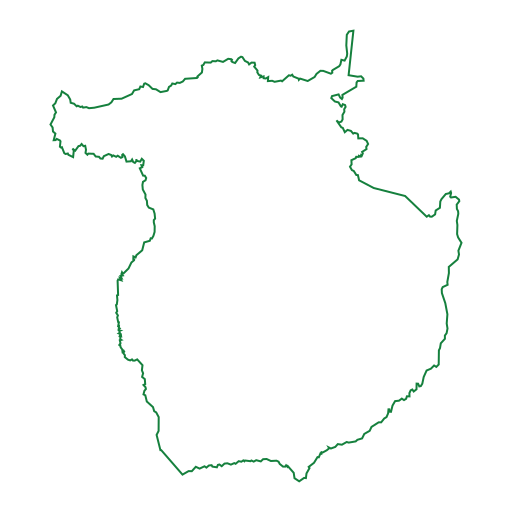 outline of Juína, Mato Grosso, Brazil
{"feature_id": "56859067B536957101827", "entity_name": "Juína", "entity_type": "district", "adm_level": 2, "iso_a3": "BRA", "parent_name": "Brazil", "parent_adm1": "Mato Grosso", "projection": "equal_earth", "projection_center": [-59.388, -11.492], "detail": "fine", "context": "isolated", "style": "outline", "palette": "green", "viewbox_px": 512, "rotation_deg": 0, "n_neighbors": 0, "source": "geoboundaries", "source_scale": "gbopen_adm2", "svg_char_len": 5963}
<svg xmlns="http://www.w3.org/2000/svg" viewBox="0 0 512 512"><path d="M122.2,349.4L122.5,351.6L123.6,350.7L124.2,351.7L123.1,352.9L124.9,355.2L124.8,357.1L128.0,359.7L130.2,360.4L132.0,359.4L133.0,360.6L134.7,360.6L137.2,359.4L142.5,365.2L141.9,370.3L143.1,373.3L142.1,376.9L144.8,379.1L145.2,384.1L143.5,385.0L145.5,387.2L145.9,389.0L144.4,390.8L143.5,394.4L145.3,395.3L146.8,401.5L153.0,407.1L154.2,411.2L156.2,412.4L158.7,417.1L158.6,430.9L156.6,434.9L160.4,450.1L161.2,450.1L182.5,474.6L188.6,471.1L191.8,471.2L195.8,466.8L199.6,468.6L204.5,466.3L206.4,467.6L208.9,465.5L211.6,465.2L212.4,466.6L216.9,467.3L217.9,464.9L219.4,464.5L221.7,466.2L224.5,463.6L227.4,463.3L230.9,464.6L234.3,463.1L235.6,463.8L238.7,461.2L241.4,461.7L243.3,460.4L244.4,461.3L245.0,460.5L250.5,461.2L251.4,460.5L253.7,461.6L256.2,460.2L260.8,461.4L263.1,459.2L266.6,459.0L270.9,461.0L276.5,460.7L278.6,461.7L279.7,463.9L283.0,466.6L285.3,466.6L286.1,465.3L287.4,466.8L287.8,466.1L293.7,472.8L294.5,478.2L299.2,481.3L304.1,477.9L305.9,478.1L306.5,473.4L309.5,468.1L308.7,466.9L314.0,462.8L317.5,457.1L318.8,457.3L320.5,453.3L321.4,453.7L321.6,452.2L322.7,452.5L326.7,450.3L329.2,448.3L328.7,447.4L330.9,448.5L335.3,446.9L337.8,444.1L341.9,444.7L346.7,442.0L348.7,442.6L355.7,441.4L357.4,439.8L362.1,438.4L364.3,433.9L369.7,430.8L371.5,426.9L378.7,422.3L381.2,422.3L384.2,418.5L386.5,417.1L388.1,413.4L388.5,409.3L389.2,409.3L389.6,411.7L391.0,411.8L392.5,405.6L395.1,401.1L399.0,400.7L401.8,398.6L404.0,400.1L406.1,398.8L406.9,396.3L409.5,396.4L409.4,393.1L410.7,390.3L412.3,389.5L413.7,391.5L416.5,389.3L416.6,383.6L418.1,383.7L419.3,386.4L420.8,386.1L422.3,383.7L423.7,377.0L426.6,370.5L430.9,368.7L434.1,365.5L436.3,366.9L438.7,364.5L438.9,350.3L440.0,348.1L440.8,343.3L444.9,338.8L444.9,335.5L446.6,333.2L447.5,328.5L446.7,323.5L447.4,314.3L445.3,303.2L441.9,293.1L441.7,289.2L442.7,287.1L447.6,284.8L447.3,282.0L448.9,273.1L448.8,266.9L457.6,259.4L459.0,254.5L458.4,250.7L461.5,242.8L458.1,237.4L457.1,234.1L457.4,225.0L456.8,220.9L458.3,213.8L458.1,211.2L456.9,208.9L456.7,204.6L459.3,201.2L459.0,199.6L455.6,196.8L451.0,197.5L450.2,196.7L451.1,193.0L450.7,191.6L449.0,193.3L445.8,194.0L441.5,199.1L440.3,201.5L439.9,207.8L435.7,210.5L435.1,214.4L431.8,216.7L430.0,216.6L428.9,215.2L426.7,216.7L405.1,196.0L373.7,188.0L359.1,180.3L357.9,175.1L356.3,175.0L353.8,171.0L351.9,170.1L350.0,166.7L351.6,164.4L351.4,160.2L355.7,158.2L356.2,156.8L358.7,156.9L358.9,155.8L360.7,156.6L361.1,155.1L361.8,155.7L362.8,153.4L362.1,151.9L366.5,149.1L366.2,146.9L368.1,144.0L366.6,140.8L362.7,138.3L358.3,138.4L358.0,134.4L357.2,133.6L354.5,132.9L353.2,133.6L350.9,130.9L347.5,129.9L344.8,132.2L342.8,127.9L341.3,127.3L336.5,120.4L338.9,122.5L341.4,121.6L342.6,119.4L342.5,115.0L344.4,111.7L344.2,109.2L345.6,106.9L345.1,105.1L342.8,104.2L341.6,106.7L340.9,106.4L338.5,102.4L334.9,101.5L331.3,98.1L332.0,96.1L338.6,94.4L340.1,97.5L341.9,99.0L342.6,97.7L342.4,94.9L356.3,86.7L356.6,82.4L357.7,81.0L363.6,80.7L363.4,78.6L361.1,76.3L357.6,76.7L348.6,75.2L353.4,30.7L349.0,31.5L346.8,34.8L346.3,45.4L347.2,53.7L346.8,56.5L344.6,60.6L341.4,59.8L340.4,64.4L339.2,66.2L332.8,70.0L332.1,70.7L332.3,72.7L330.9,73.7L323.3,70.9L320.4,70.8L316.5,73.9L314.6,77.0L307.7,81.0L300.1,78.6L298.9,79.8L298.7,78.7L293.3,76.5L292.2,74.7L290.7,75.7L288.9,75.3L282.1,81.3L281.0,80.6L274.6,81.8L272.2,80.8L267.9,81.1L268.2,77.1L265.8,78.5L263.6,78.2L263.6,76.4L260.3,77.4L261.0,75.6L258.9,74.9L257.3,72.3L257.5,70.6L254.2,66.6L255.2,65.1L254.6,62.7L251.5,62.6L249.1,64.4L248.1,62.5L244.9,60.9L242.4,57.1L241.0,56.7L238.4,58.4L235.1,63.0L232.3,62.0L231.4,61.0L232.0,59.8L231.3,59.2L228.2,58.8L223.0,61.9L217.4,60.4L215.8,61.3L212.4,61.1L210.7,62.6L204.8,62.4L203.3,65.0L201.8,65.6L202.4,68.9L201.9,72.5L197.4,76.5L197.7,77.3L196.9,78.0L185.1,78.8L182.8,81.5L179.8,82.9L177.0,82.6L175.4,84.1L172.3,83.5L171.1,85.6L169.0,86.9L167.7,90.4L166.8,90.9L160.5,92.1L156.0,89.3L152.5,88.9L148.7,85.2L145.3,83.3L144.2,83.7L143.0,87.0L140.4,86.5L139.2,89.2L134.1,90.4L132.0,94.0L121.6,98.7L113.5,99.0L111.4,102.3L108.6,104.5L94.3,107.7L89.0,108.2L86.4,107.1L83.1,107.6L82.3,106.5L80.5,107.0L77.8,105.7L76.7,106.3L74.0,103.7L70.7,102.8L70.2,99.5L67.8,95.3L61.9,91.4L60.6,95.8L57.0,98.9L55.3,103.3L53.0,105.5L56.0,112.4L54.5,114.7L54.3,117.3L50.5,124.5L52.6,127.5L53.0,131.5L55.4,133.6L53.7,140.2L55.6,140.1L56.7,138.9L60.0,140.5L60.5,141.3L59.9,146.7L61.1,147.6L61.9,147.2L64.3,153.2L65.6,154.0L67.8,153.5L68.4,154.8L73.1,157.1L73.8,150.6L72.5,148.6L75.2,150.7L78.5,146.1L80.1,145.8L81.6,144.0L83.5,146.2L85.2,145.8L86.0,149.8L85.5,152.9L87.4,154.7L88.3,153.6L93.6,153.8L95.7,156.5L99.0,156.8L100.4,158.5L102.6,158.7L103.8,156.2L108.6,154.0L111.2,155.0L112.0,156.5L113.2,155.4L116.2,156.8L117.7,155.7L120.9,157.8L122.4,157.1L122.2,154.9L123.0,154.2L124.9,156.4L126.5,161.6L130.9,161.3L132.1,159.5L133.2,162.0L134.9,162.9L136.3,161.2L136.3,159.2L136.8,160.9L140.2,161.6L141.8,158.8L143.8,160.8L143.2,165.3L141.4,165.2L142.2,167.2L139.8,168.3L143.1,175.6L144.8,175.7L146.2,178.0L145.5,180.3L143.0,181.8L142.4,185.0L142.8,189.5L145.5,194.5L145.4,198.0L146.9,200.8L147.2,205.0L148.8,207.6L153.3,209.4L154.6,213.6L155.1,218.6L153.8,220.1L153.8,222.4L154.7,226.2L154.6,231.9L153.4,235.9L151.9,238.5L150.7,238.3L149.8,240.8L144.2,242.4L142.2,250.3L136.4,255.2L135.6,257.4L133.4,256.4L133.3,259.1L134.2,259.4L134.1,260.2L131.4,262.5L128.5,268.5L123.6,273.3L122.9,273.7L122.0,272.3L121.4,274.1L122.7,275.5L120.5,276.0L121.6,278.3L120.0,277.9L121.3,280.3L118.2,279.4L117.6,280.7L118.1,295.0L117.0,295.4L117.4,300.1L116.8,304.4L116.0,305.1L117.2,311.2L116.2,312.8L117.9,315.4L117.2,317.4L118.2,322.1L118.9,322.3L118.2,326.0L119.0,325.9L118.9,327.7L119.7,328.4L118.6,329.2L118.6,330.2L120.1,330.6L119.3,330.9L119.8,332.7L118.8,333.4L120.8,334.1L121.0,335.5L120.2,334.9L119.6,336.4L120.5,336.9L120.2,339.3L121.2,339.9L119.8,340.3L120.5,343.2L118.8,345.7L120.1,344.6L120.7,347.4L122.2,349.4Z" fill="none" stroke="#15803d" stroke-width="2"/></svg>